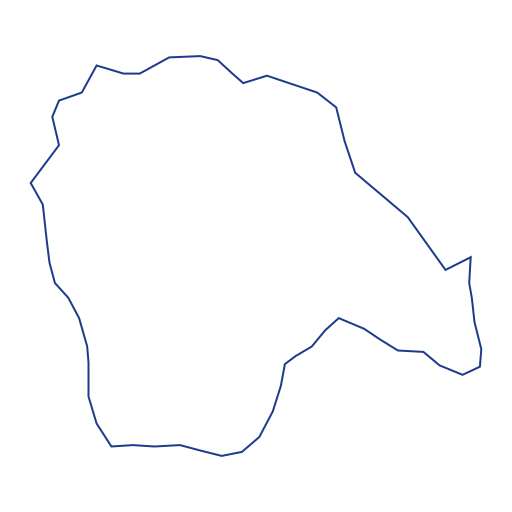 outline of Genagra, Cyprus
{"feature_id": "46923920B92957944756443", "entity_name": "Genagra", "entity_type": "district", "adm_level": 2, "iso_a3": "CYP", "parent_name": "Cyprus", "parent_adm1": "", "projection": "albers", "projection_center": [33.696, 35.21], "detail": "fine", "context": "isolated", "style": "outline", "palette": "blue", "viewbox_px": 512, "rotation_deg": 0, "n_neighbors": 0, "source": "geoboundaries", "source_scale": "gbopen_adm2", "svg_char_len": 795}
<svg xmlns="http://www.w3.org/2000/svg" viewBox="0 0 512 512"><path d="M266.9,75.7L243.2,83.1L232.4,73.6L217.7,60.1L200.2,56.1L169.2,57.4L139.7,73.6L123.5,73.6L96.6,65.5L81.8,92.5L59.0,100.6L52.3,116.8L59.0,145.2L30.7,183.0L42.8,204.6L46.8,241.1L49.5,262.7L54.9,283.0L68.3,297.8L79.1,318.1L87.2,346.5L88.5,362.7L88.5,396.5L96.6,423.5L111.4,446.5L132.9,445.1L154.4,446.5L180.0,445.1L200.2,450.5L221.7,455.9L241.9,451.9L259.3,437.0L272.8,411.4L280.9,385.7L284.9,364.1L295.7,356.0L311.8,346.5L325.2,330.3L338.7,318.1L364.3,328.9L380.4,339.7L397.9,350.5L423.4,351.9L439.6,365.4L462.5,374.8L479.9,366.7L481.3,349.2L474.5,322.1L471.8,297.8L469.2,283.0L470.7,257.2L445.5,269.9L407.7,217.1L355.2,172.8L344.6,141.1L336.2,107.4L317.3,92.6L266.9,75.7Z" fill="none" stroke="#1e3a8a" stroke-width="2"/></svg>